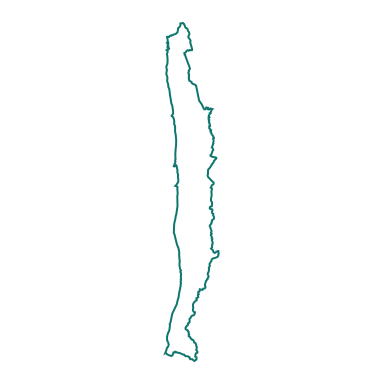 the district of Lam Sonthi, Phetchabun, Thailand, rotated 180°
{"feature_id": "78962969B31401226545695", "entity_name": "Lam Sonthi", "entity_type": "district", "adm_level": 2, "iso_a3": "THA", "parent_name": "Thailand", "parent_adm1": "Phetchabun", "projection": "orthographic", "projection_center": [101.348, 15.401], "detail": "fine", "context": "isolated", "style": "outline", "palette": "teal", "viewbox_px": 384, "rotation_deg": 180, "n_neighbors": 0, "source": "geoboundaries", "source_scale": "gbopen_adm2", "svg_char_len": 6028}
<svg xmlns="http://www.w3.org/2000/svg" viewBox="0 0 384 384"><g transform="rotate(180 192 192)"><path d="M199.9,360.0L200.7,360.3L201.1,361.0L203.7,360.5L203.6,358.7L204.1,357.5L206.0,355.6L206.0,354.1L206.6,351.6L208.3,350.0L209.7,349.7L211.3,348.8L212.6,348.7L213.0,348.2L213.6,348.4L214.3,348.0L215.0,347.0L215.8,347.0L216.5,347.3L216.9,347.2L216.8,345.8L216.4,344.7L216.3,342.5L216.0,342.2L216.6,341.6L215.8,341.2L215.6,340.8L215.8,340.1L216.0,340.4L216.5,340.5L216.2,340.0L216.3,339.5L216.0,339.4L216.2,338.6L215.8,338.6L215.7,337.8L216.1,337.2L215.7,337.1L215.4,336.4L216.0,336.4L215.6,335.9L215.6,335.7L216.0,335.9L215.5,335.3L215.2,335.5L215.0,335.3L215.3,335.0L216.3,334.9L216.6,334.6L216.3,334.2L217.1,333.8L216.5,333.5L216.4,332.9L216.4,331.9L217.1,329.7L216.7,328.3L216.4,323.1L216.6,320.2L217.6,317.6L217.6,316.1L217.1,314.2L217.7,310.0L216.6,306.7L216.8,302.6L215.9,300.0L215.6,296.8L214.7,294.9L214.0,289.2L212.7,281.0L211.6,277.7L210.9,272.6L210.9,270.6L211.2,269.7L212.2,268.5L212.4,268.0L210.8,266.8L210.0,264.5L209.7,262.2L209.9,259.9L209.2,258.7L208.9,257.3L208.9,252.3L208.1,248.0L208.1,245.9L207.8,244.7L207.9,239.3L208.4,234.4L208.7,229.6L208.5,224.4L208.9,223.7L208.6,222.2L208.7,221.3L209.4,220.4L209.6,218.5L210.2,218.1L210.3,217.9L209.8,217.5L208.8,217.9L208.5,218.8L208.1,218.9L207.7,218.7L207.3,217.9L206.6,213.7L206.5,212.5L206.7,211.8L205.9,209.4L206.0,207.1L205.7,204.3L205.8,202.2L206.0,201.7L207.7,199.0L208.6,198.1L207.8,197.9L206.6,197.2L206.5,196.8L206.7,195.4L206.3,190.2L206.7,188.0L206.5,177.8L207.6,170.3L208.4,167.2L208.6,165.4L209.2,163.0L209.8,160.1L210.2,151.2L209.5,149.5L207.0,139.3L205.7,136.4L204.7,131.6L204.9,130.2L204.5,124.2L204.2,122.8L204.3,122.1L204.5,121.5L204.5,118.0L203.7,114.4L203.0,113.5L203.7,112.1L203.0,110.7L202.9,109.5L203.2,108.0L203.0,105.9L203.3,105.0L202.9,104.4L203.4,102.2L203.0,100.6L203.4,99.7L203.3,98.1L203.7,97.2L203.8,95.6L204.6,92.4L205.6,85.9L206.1,84.8L207.3,79.6L211.7,70.4L213.4,62.1L213.9,60.5L214.3,60.0L214.1,58.3L214.6,53.9L216.2,50.2L217.0,47.0L216.8,43.4L215.9,41.7L215.3,39.6L215.7,37.9L216.3,36.8L217.2,35.9L217.6,33.8L218.7,31.0L218.4,31.2L216.8,29.7L215.8,29.1L213.4,28.2L212.6,28.0L211.4,28.9L210.5,31.6L209.2,31.5L208.9,32.3L208.2,32.2L206.7,31.3L204.5,31.1L203.6,30.6L202.5,30.2L201.6,29.6L199.9,29.4L198.6,27.9L196.2,27.7L194.3,26.6L194.3,25.4L193.9,24.9L193.3,24.7L191.9,24.9L189.7,23.0L187.6,24.5L187.5,24.8L187.5,26.7L188.6,27.2L188.8,28.1L188.2,30.5L186.9,31.1L186.5,31.7L186.6,32.4L187.8,34.2L187.2,35.9L187.2,36.9L187.7,37.7L187.7,38.7L188.3,40.1L188.4,40.8L189.8,41.5L189.9,42.3L190.8,44.0L192.2,44.4L192.5,45.1L193.3,45.5L193.8,46.8L195.3,47.8L195.2,48.9L194.8,49.3L195.3,50.1L195.2,50.7L195.5,51.2L195.3,52.1L196.1,52.9L196.3,53.6L198.0,54.5L198.5,55.2L198.4,56.3L197.8,57.4L196.0,59.2L196.1,60.2L195.9,60.7L195.0,61.1L194.3,62.2L194.5,62.7L194.4,63.6L194.6,65.0L193.2,66.5L192.5,67.9L189.7,69.2L189.0,71.7L190.3,72.2L190.9,73.2L191.1,74.4L190.7,76.6L191.1,78.1L191.0,79.3L190.6,80.6L189.4,82.3L187.3,83.8L187.2,84.4L187.7,85.3L187.6,85.8L186.6,86.2L185.7,86.9L186.2,88.7L185.3,89.6L185.2,89.8L185.9,90.6L185.6,91.5L185.6,92.3L184.6,92.5L184.3,93.0L184.2,94.7L181.5,94.1L180.9,95.3L179.1,95.7L178.7,96.3L178.5,97.6L179.0,98.4L179.1,98.9L178.1,102.9L177.5,103.4L177.2,104.4L176.4,104.7L176.3,106.0L175.4,107.2L175.6,108.3L176.3,109.7L176.1,110.9L175.4,112.1L175.1,113.7L175.1,114.7L174.9,115.3L175.2,116.4L174.1,118.1L174.5,119.4L174.3,120.5L172.8,122.7L172.3,124.4L171.8,125.1L170.7,125.6L168.2,126.3L166.5,127.2L165.7,128.2L165.7,129.4L165.3,130.4L165.7,133.0L166.1,133.0L166.7,132.5L167.7,132.3L168.4,131.4L169.5,131.1L170.5,131.8L170.9,133.5L173.0,135.4L172.0,136.6L172.0,137.8L171.7,138.8L171.9,139.6L171.4,140.4L171.4,141.9L172.1,143.7L172.0,144.4L171.7,144.9L172.1,145.3L171.9,145.7L172.3,146.2L172.2,147.1L173.2,149.1L173.1,149.4L172.3,150.2L173.0,151.2L172.4,153.0L173.4,155.3L173.5,156.5L174.1,157.3L174.3,158.1L173.8,159.1L172.6,160.4L172.6,161.6L172.0,162.2L172.1,163.6L170.3,165.0L169.9,165.8L170.1,167.3L170.8,168.6L170.7,170.0L171.8,170.7L171.8,171.3L172.1,172.0L171.5,173.8L171.6,174.4L172.3,174.9L173.4,174.9L174.2,175.4L174.3,176.0L173.9,177.2L172.2,177.7L171.9,180.0L172.0,181.8L172.9,183.0L173.1,185.2L172.5,187.5L172.3,189.9L172.6,191.5L172.5,193.2L172.0,195.0L172.1,195.5L173.3,196.3L172.0,198.9L170.5,199.8L170.4,201.0L170.5,201.7L171.9,202.8L175.9,207.0L176.4,208.3L176.1,209.8L175.9,214.3L174.0,216.4L171.6,220.3L170.4,221.7L170.0,223.1L167.9,225.3L167.6,226.0L168.0,226.4L172.3,227.4L173.5,228.2L173.5,228.8L172.9,229.0L171.4,233.2L170.7,234.0L170.9,234.9L171.4,235.8L172.2,236.5L170.7,240.3L170.9,240.4L170.6,241.4L170.4,243.7L170.9,245.5L170.1,245.9L170.5,247.2L172.8,250.7L172.7,251.2L173.2,252.3L172.8,253.7L173.0,253.9L173.3,253.7L173.2,254.1L173.9,254.5L174.1,255.1L174.7,255.5L174.8,257.2L174.7,257.6L174.4,257.7L174.6,257.9L174.4,258.4L174.4,259.3L174.1,259.2L174.1,259.4L174.7,260.7L174.6,261.2L175.1,261.8L175.1,262.2L174.8,262.6L174.8,263.2L175.1,263.5L174.8,264.1L175.3,264.6L175.2,264.8L175.4,265.5L175.2,265.7L175.3,266.6L174.8,266.8L175.1,267.1L175.0,267.4L175.2,267.6L174.9,267.9L175.1,268.5L174.2,270.1L174.3,270.5L173.5,270.7L173.7,271.3L173.2,271.8L172.4,274.0L172.6,274.3L171.7,274.9L173.5,275.5L174.0,274.9L175.4,274.5L176.0,274.7L176.0,275.4L175.7,275.9L175.9,276.2L177.8,276.5L178.0,276.1L177.9,275.7L178.5,274.7L179.9,274.8L182.4,279.9L184.9,283.4L187.9,298.3L188.3,298.4L188.6,299.0L189.7,299.7L191.4,300.2L192.4,301.3L192.5,302.1L194.6,303.2L195.1,304.4L194.9,306.0L195.3,306.3L195.3,307.0L195.0,307.8L194.9,309.6L195.4,309.9L195.6,311.6L195.1,312.2L195.2,313.6L194.4,314.5L194.0,315.5L198.9,328.7L198.8,329.1L199.4,329.4L199.3,329.8L199.7,330.9L198.5,331.5L197.7,332.8L196.5,333.7L195.7,333.6L195.3,333.3L194.2,334.1L193.3,333.7L192.0,333.9L191.9,335.1L193.7,341.2L193.5,343.6L195.7,346.8L195.7,347.5L194.8,349.3L194.6,350.1L194.9,351.5L196.0,353.2L196.7,355.3L197.2,355.7L198.0,355.9L198.6,356.6L199.9,360.0Z" fill="none" stroke="#0f766e" stroke-width="2"/></g></svg>